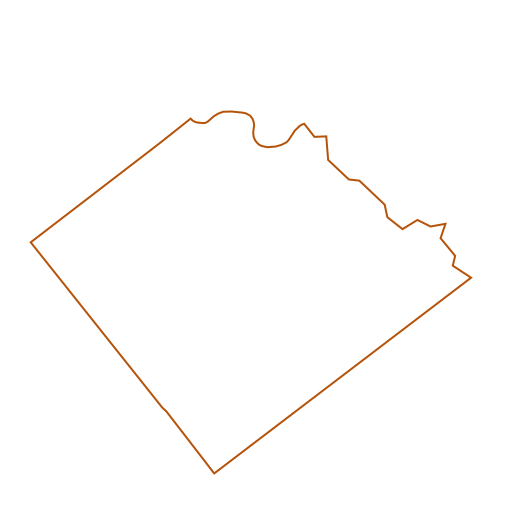 outline of Andrew, Missouri, United States of America, rotated 142°
{"feature_id": "52423323B15965719285225", "entity_name": "Andrew", "entity_type": "district", "adm_level": 2, "iso_a3": "USA", "parent_name": "United States of America", "parent_adm1": "Missouri", "projection": "mercator", "projection_center": [-94.923, 39.975], "detail": "fine", "context": "isolated", "style": "outline", "palette": "amber", "viewbox_px": 512, "rotation_deg": 142, "n_neighbors": 0, "source": "geoboundaries", "source_scale": "gbopen_adm2", "svg_char_len": 798}
<svg xmlns="http://www.w3.org/2000/svg" viewBox="0 0 512 512"><g transform="rotate(142 256 256)"><path d="M423.2,194.2L422.3,188.8L422.8,110.4L99.9,106.5L106.9,127.2L99.0,133.5L99.6,156.4L86.9,164.7L100.3,171.8L106.6,185.0L124.0,187.0L128.6,205.7L123.0,217.2L128.2,251.8L135.7,259.1L140.0,287.3L127.0,307.0L136.6,313.9L136.6,330.5L138.9,331.3L141.4,331.6L148.2,330.9L158.8,327.3L161.8,326.8L167.5,327.9L173.2,330.2L180.1,334.8L183.8,339.2L185.0,341.8L185.4,343.9L185.5,347.4L184.6,351.2L182.4,354.8L177.0,360.2L175.5,362.7L174.3,365.9L174.2,370.2L176.2,374.7L177.8,376.7L186.3,384.9L193.1,389.9L198.3,391.5L203.3,392.1L211.0,391.6L213.4,391.9L215.3,392.8L219.6,396.8L221.4,399.1L222.6,401.8L222.9,404.5L263.2,404.2L425.1,405.5L423.2,194.2Z" fill="none" stroke="#b45309" stroke-width="2"/></g></svg>